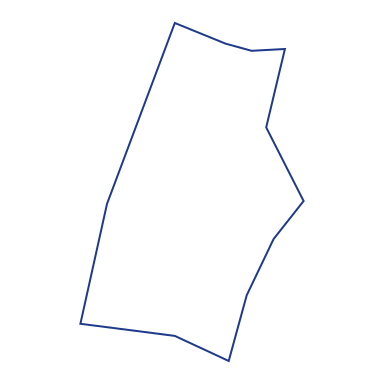 an SVG outline of Saint Peter
{"feature_id": "MSR-5089", "entity_name": "Saint Peter", "entity_type": "Parish", "adm_level": 1, "iso_a3": "MSR", "parent_name": "Montserrat", "parent_adm1": "", "projection": "orthographic", "projection_center": [-62.194, 16.779], "detail": "fine", "context": "isolated", "style": "outline", "palette": "blue", "viewbox_px": 384, "rotation_deg": 0, "n_neighbors": 0, "source": "natural_earth", "source_scale": "10m", "svg_char_len": 277}
<svg xmlns="http://www.w3.org/2000/svg" viewBox="0 0 384 384"><path d="M80.4,323.8L107.0,203.9L174.8,23.0L225.4,43.6L251.6,50.8L284.9,49.0L266.2,127.4L303.6,201.0L273.6,239.0L246.7,295.3L228.7,361.0L174.8,335.9L80.4,323.8Z" fill="none" stroke="#1e3a8a" stroke-width="2"/></svg>